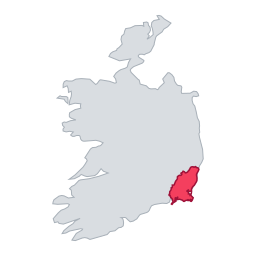 where Wexford sits in Ireland
{"feature_id": "IRL-718", "entity_name": "Wexford", "entity_type": "County", "adm_level": 1, "iso_a3": "IRL", "parent_name": "Ireland", "parent_adm1": "", "projection": "mercator", "projection_center": [-6.603, 52.458], "detail": "fine", "context": "in_parent", "style": "filled", "palette": "rose", "viewbox_px": 256, "rotation_deg": 0, "n_neighbors": 0, "source": "natural_earth", "source_scale": "10m", "svg_char_len": 6388}
<svg xmlns="http://www.w3.org/2000/svg" viewBox="0 0 256 256"><path d="M162.1,31.9L156.7,35.8L155.8,37.2L154.3,43.1L154.1,44.8L150.7,51.3L148.8,52.7L145.9,53.7L144.2,54.8L142.2,54.2L139.6,54.3L138.3,55.5L138.3,56.4L139.1,57.4L143.9,60.4L143.7,61.7L142.3,63.1L133.7,66.6L131.1,68.7L130.2,70.1L131.1,72.4L138.0,79.3L139.2,80.1L140.2,84.1L146.3,85.8L148.8,88.3L150.9,88.9L155.5,88.7L157.4,89.7L158.5,89.0L159.1,87.6L164.3,82.7L162.7,79.0L167.9,72.7L169.4,72.8L171.9,74.7L173.9,77.4L174.5,81.0L176.5,84.2L177.7,85.3L181.0,85.9L181.8,87.2L181.2,91.8L181.7,93.4L190.2,93.2L193.7,91.2L196.6,91.6L198.1,93.7L198.7,95.8L196.2,96.6L193.5,96.1L192.2,97.5L192.1,100.2L193.0,103.7L194.8,106.1L196.2,111.7L197.4,117.8L199.2,121.4L199.6,126.0L199.3,128.2L199.7,132.3L198.9,133.7L199.5,137.4L202.6,149.5L203.2,158.9L201.7,162.4L199.6,165.7L198.3,169.7L197.3,173.9L196.6,180.8L192.2,188.7L190.3,190.7L188.2,191.9L192.9,197.5L189.0,200.0L184.8,200.8L180.1,199.4L177.2,199.5L173.4,202.4L172.6,201.9L170.8,197.3L169.5,202.0L166.8,203.5L162.2,203.2L154.5,204.5L151.5,205.8L150.3,207.9L149.3,210.3L148.1,211.7L146.8,212.5L140.8,214.3L139.6,215.0L136.8,218.9L133.2,221.1L130.2,221.8L127.5,219.5L126.4,218.2L125.2,217.5L121.1,217.6L122.4,218.3L123.2,219.9L123.6,222.9L123.2,225.9L121.1,227.4L118.7,227.7L114.9,230.8L109.9,231.6L107.2,234.5L90.5,239.3L89.6,239.3L87.3,238.1L84.8,237.6L82.3,238.0L75.3,240.6L71.9,240.1L76.3,233.4L82.0,230.1L82.6,229.1L80.7,228.7L69.7,231.0L65.9,233.0L62.1,233.6L63.9,230.6L68.8,226.4L73.1,223.6L74.9,221.2L80.1,218.4L63.4,224.1L59.0,223.4L57.9,221.8L54.5,222.6L53.2,218.7L58.3,212.8L61.2,210.2L64.8,208.9L68.1,206.9L69.4,204.5L67.8,203.7L57.7,204.3L52.8,203.8L53.1,201.9L54.0,199.7L59.0,196.1L61.7,195.5L64.1,195.9L68.4,198.0L74.1,197.3L71.7,195.0L71.3,190.2L69.5,188.7L71.8,186.4L74.5,185.1L78.9,180.5L80.5,179.9L89.3,178.7L98.8,176.3L108.2,173.0L103.4,171.2L101.1,168.7L97.4,173.7L94.7,175.6L87.1,176.6L84.8,176.0L81.4,174.5L80.4,175.1L79.4,176.2L74.4,178.7L69.1,179.3L75.2,174.8L83.0,167.2L84.7,164.8L87.2,160.7L86.4,158.8L84.8,157.8L90.4,149.1L92.4,147.6L96.0,147.3L98.6,146.0L99.8,145.9L100.8,145.4L103.1,142.8L99.6,141.2L95.9,140.3L84.5,141.2L83.0,141.1L81.6,140.3L80.7,139.1L80.0,136.2L79.2,135.5L76.6,135.5L74.1,136.4L72.3,136.3L70.6,135.0L73.3,132.0L69.7,131.3L66.1,131.9L63.1,131.0L63.0,129.1L64.4,127.2L62.6,125.4L62.2,123.1L64.1,122.0L66.2,122.4L70.5,120.7L75.9,119.9L71.2,118.2L69.4,116.8L69.3,114.6L69.7,112.7L75.1,109.6L80.8,108.2L80.4,106.1L80.8,103.8L75.0,103.2L69.2,104.8L69.8,100.4L71.2,96.5L71.5,94.0L71.2,91.2L68.5,92.4L68.2,88.5L67.1,85.8L63.1,87.6L63.2,84.1L64.3,81.6L66.4,80.6L68.5,81.0L72.3,81.0L76.0,79.1L81.4,78.6L89.9,79.2L95.7,84.5L97.2,83.5L99.6,80.2L100.6,79.8L109.5,81.3L114.9,83.2L116.4,82.6L115.6,78.9L113.7,76.4L116.1,73.0L119.0,70.7L120.9,69.6L125.3,68.2L127.3,66.9L128.5,62.5L130.6,58.9L119.5,60.8L108.9,56.5L110.5,53.5L112.8,51.8L116.6,50.4L117.0,48.9L119.0,47.5L122.2,44.1L121.0,39.5L121.6,36.2L124.0,34.0L124.7,30.9L125.7,28.6L130.5,27.8L135.0,25.7L142.0,25.4L143.8,26.3L143.4,22.5L146.7,22.0L148.0,22.7L148.5,25.4L150.0,27.1L150.5,30.1L149.5,32.4L147.8,34.1L149.3,35.9L147.0,39.2L149.5,37.8L153.2,34.6L153.0,32.0L152.4,28.7L151.3,25.8L151.8,22.5L153.9,20.5L159.3,19.4L157.0,15.7L159.0,15.4L161.2,16.1L164.3,19.0L171.0,23.1L167.7,26.7L163.7,29.2L162.1,31.9ZM68.1,101.9L67.9,103.6L65.4,101.4L64.1,99.2L57.1,98.1L60.0,95.8L61.5,96.5L66.4,96.6L67.8,97.5L68.1,101.9Z" fill="#d9dde1" stroke="#a8b0b8" stroke-width="1"/><path d="M198.9,169.5L198.3,170.9L196.7,173.8L196.5,174.9L196.6,175.7L196.9,177.3L197.0,178.2L196.9,180.6L196.5,181.6L194.4,185.1L193.7,185.8L193.2,186.2L192.6,186.9L191.8,188.4L191.5,189.2L191.5,190.3L191.6,191.2L191.5,192.0L191.3,191.6L191.0,191.3L190.7,191.2L188.7,191.3L188.0,191.1L188.2,190.1L187.9,190.2L187.6,190.4L187.3,190.6L187.0,190.9L187.0,191.2L187.5,191.4L188.0,191.9L188.4,192.5L188.7,193.2L188.4,193.8L189.5,194.1L189.8,194.5L190.0,195.1L190.4,194.6L191.3,193.2L191.3,193.6L190.7,194.7L191.4,196.0L193.2,197.8L192.2,200.3L191.7,200.9L191.4,201.3L191.1,201.4L190.8,201.3L190.4,200.9L190.4,200.7L190.7,200.4L191.0,199.7L190.9,199.5L190.5,199.4L190.3,199.5L190.0,200.0L189.6,200.3L189.5,200.5L188.0,200.5L188.0,200.1L188.7,200.1L188.2,199.7L187.8,199.7L187.2,200.1L185.6,200.5L184.1,201.4L183.5,201.3L182.6,200.3L182.0,200.0L179.5,199.2L177.0,199.6L176.4,199.4L176.4,199.0L176.9,198.8L177.4,198.3L177.7,197.6L177.8,196.7L177.4,197.3L176.8,197.9L176.1,198.1L175.4,197.8L175.2,198.2L175.2,198.6L175.3,198.8L175.3,199.0L175.2,199.4L175.6,199.1L175.9,199.0L175.8,199.8L175.7,200.1L175.4,200.5L175.7,200.5L175.9,200.5L175.9,200.9L175.6,200.9L175.4,200.9L175.7,201.3L173.2,202.8L172.9,203.2L172.5,203.9L172.0,204.4L171.4,204.0L171.7,203.3L172.1,203.0L172.6,202.7L173.0,202.3L173.0,201.7L172.4,199.4L172.2,199.0L171.8,198.5L171.4,198.0L171.1,197.8L170.7,197.5L170.2,195.7L169.8,195.1L169.8,195.8L169.7,195.7L169.3,195.5L169.2,195.4L169.0,195.1L169.0,194.8L169.1,194.5L169.6,193.6L169.7,193.4L169.7,193.1L169.7,192.6L169.7,192.3L169.7,192.0L169.8,191.7L169.9,191.4L170.6,190.6L170.7,190.4L171.0,189.8L171.1,189.5L171.2,189.1L171.2,188.5L171.2,187.8L171.2,187.7L171.4,187.6L171.6,187.6L172.0,187.7L172.2,187.4L172.3,187.0L172.4,186.1L172.3,185.1L173.7,185.1L173.9,185.0L174.2,184.8L174.3,184.7L174.4,184.4L174.6,183.7L174.7,183.4L175.3,182.2L175.4,181.8L175.5,181.4L175.7,181.1L177.1,179.3L177.3,178.9L177.4,178.4L177.4,176.8L177.6,176.5L178.0,176.2L178.8,175.6L179.3,175.3L179.7,175.3L180.3,175.4L180.5,175.4L180.9,175.4L181.1,175.3L181.4,175.0L181.7,174.6L181.8,174.4L181.8,174.1L181.7,174.0L181.3,173.9L181.1,173.8L181.0,173.6L181.0,173.4L181.0,173.2L181.2,172.9L181.7,172.8L182.3,172.5L183.1,171.2L184.3,171.7L184.7,172.1L184.9,172.3L185.1,172.7L185.4,172.8L185.6,172.9L185.8,172.9L186.0,172.8L187.3,172.2L187.5,172.1L187.7,171.9L187.8,171.7L188.0,171.4L188.1,171.2L188.3,171.0L188.8,170.6L189.0,170.4L189.2,170.0L189.4,169.4L189.5,169.3L189.7,169.1L189.8,169.0L189.9,168.9L190.0,168.7L190.1,168.3L190.3,168.0L190.4,167.7L190.8,167.3L191.2,167.0L191.5,166.9L193.0,166.7L193.2,166.8L193.4,166.9L193.6,167.0L194.0,167.3L194.3,167.2L194.6,167.0L195.0,166.7L195.3,166.6L195.6,166.6L195.8,166.7L195.9,166.8L196.0,167.0L196.1,167.4L196.2,167.5L196.4,167.6L197.5,167.7L197.7,167.8L198.2,168.1L198.3,168.1L198.4,168.3L198.6,168.7L198.6,168.9L198.8,169.3L198.9,169.5Z" fill="#f43f5e" stroke="#9f1239" stroke-width="1.5"/></svg>